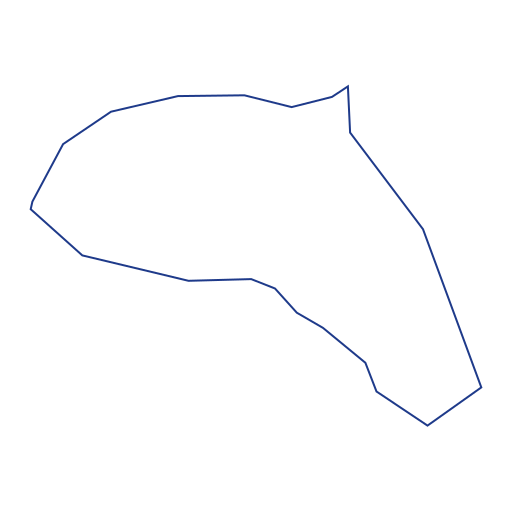 an SVG outline of Kungota
{"feature_id": "SVN-959", "entity_name": "Kungota", "entity_type": "Municipality", "adm_level": 1, "iso_a3": "SVN", "parent_name": "Slovenia", "parent_adm1": "", "projection": "equal_earth", "projection_center": [15.594, 46.636], "detail": "fine", "context": "isolated", "style": "outline", "palette": "blue", "viewbox_px": 512, "rotation_deg": 0, "n_neighbors": 0, "source": "natural_earth", "source_scale": "10m", "svg_char_len": 383}
<svg xmlns="http://www.w3.org/2000/svg" viewBox="0 0 512 512"><path d="M291.6,107.1L332.0,96.9L347.9,86.4L350.1,132.6L423.0,229.2L481.3,387.4L427.5,425.6L376.5,391.5L365.4,362.8L323.0,327.9L296.8,312.7L275.0,288.5L251.2,279.1L188.5,280.8L82.3,255.4L30.7,209.2L32.4,201.6L63.1,144.1L111.0,111.7L177.9,96.1L244.4,95.3L291.6,107.1Z" fill="none" stroke="#1e3a8a" stroke-width="2"/></svg>